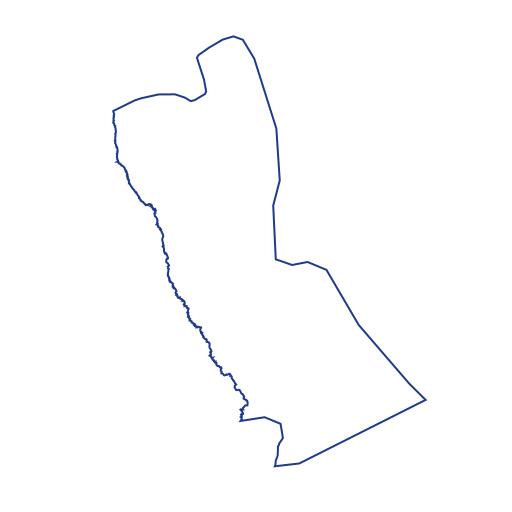 Itsandra-Hamanvou, Andjazîdja, Comoros (Mercator projection), rotated 332°
{"feature_id": "10938185B82482804134728", "entity_name": "Itsandra-Hamanvou", "entity_type": "district", "adm_level": 2, "iso_a3": "COM", "parent_name": "Comoros", "parent_adm1": "Andjazîdja", "projection": "mercator", "projection_center": [43.266, -11.611], "detail": "fine", "context": "isolated", "style": "outline", "palette": "blue", "viewbox_px": 512, "rotation_deg": 332, "n_neighbors": 0, "source": "geoboundaries", "source_scale": "gbopen_adm2", "svg_char_len": 6091}
<svg xmlns="http://www.w3.org/2000/svg" viewBox="0 0 512 512"><g transform="rotate(332 256 256)"><path d="M339.2,51.5L328.1,49.3L312.3,50.0L299.5,51.6L296.9,53.3L292.9,75.9L289.3,87.2L287.2,89.0L275.0,89.6L271.1,88.6L267.5,82.7L260.5,75.3L245.8,67.6L228.5,62.8L222.1,61.7L197.3,60.9L197.9,61.2L197.2,64.6L196.1,65.3L195.9,66.6L194.9,67.2L194.7,68.2L193.9,69.1L194.1,69.7L193.5,70.0L193.2,70.7L192.6,71.1L192.5,71.5L192.9,71.8L192.9,72.9L192.4,73.5L192.4,74.2L192.8,75.2L192.0,76.1L192.0,77.4L191.3,78.3L191.0,80.1L189.6,81.8L189.0,82.0L189.0,82.9L188.3,84.0L186.9,86.0L186.2,87.6L185.5,88.0L185.8,88.5L185.1,89.7L184.6,90.0L184.7,91.6L184.2,92.7L184.3,93.7L184.0,94.1L184.4,94.5L183.9,95.0L184.1,95.8L183.8,96.8L183.3,97.5L183.3,98.0L182.8,98.8L182.3,99.0L182.3,99.6L181.2,100.3L181.2,101.0L180.9,101.2L180.9,101.6L179.6,103.1L179.7,103.8L179.4,104.2L179.1,104.9L179.1,105.4L178.8,105.7L179.0,106.5L178.8,107.7L178.0,107.7L178.5,108.0L178.3,108.4L178.7,108.6L178.5,110.0L179.6,111.0L179.3,111.7L180.1,113.1L179.9,113.3L180.7,114.3L181.1,115.4L181.1,116.1L181.4,116.5L181.0,118.1L181.3,119.1L180.9,119.5L181.3,119.8L181.3,120.2L181.0,120.6L181.2,121.0L180.7,121.3L181.0,121.9L180.8,122.8L180.3,123.4L180.8,123.9L180.4,124.5L179.8,124.6L179.5,125.2L179.6,126.2L179.9,126.3L179.8,126.7L179.1,127.2L179.4,127.5L179.4,128.2L179.1,128.4L179.4,129.1L179.0,129.4L179.2,130.1L178.4,131.0L178.4,131.8L177.9,132.3L178.5,132.7L178.3,133.5L178.5,135.0L178.3,135.8L178.9,137.2L178.6,137.9L178.8,139.0L179.3,139.9L179.2,141.2L179.5,141.8L179.5,142.8L180.0,143.2L179.8,143.7L180.1,144.0L179.8,144.4L180.1,144.8L180.1,146.6L180.5,148.8L180.3,149.0L180.4,149.3L179.9,149.9L180.3,150.3L180.1,150.7L180.4,151.8L180.2,152.6L180.6,152.7L180.8,153.8L180.6,154.1L181.8,155.4L181.9,157.2L182.3,157.7L182.2,158.3L182.5,159.1L182.9,158.9L183.3,159.6L184.5,160.3L184.8,159.9L186.0,159.9L186.6,160.7L187.0,160.7L187.6,161.4L187.7,161.8L186.7,162.2L187.2,162.4L186.8,163.3L187.4,163.5L187.1,165.0L187.5,165.2L187.4,165.7L187.6,166.0L187.5,166.6L187.1,166.9L187.4,167.5L188.4,166.9L188.7,167.3L189.0,167.3L188.8,167.9L189.0,168.7L187.9,169.6L187.5,170.6L186.9,170.3L186.4,170.6L185.5,173.5L186.0,174.8L186.1,177.3L185.6,178.0L185.6,178.7L185.1,179.4L184.5,179.7L184.3,180.8L183.5,181.2L183.9,181.4L183.4,181.7L183.7,181.9L184.0,183.1L183.5,183.5L183.6,183.9L183.3,184.2L183.4,184.9L184.4,186.2L184.4,186.6L183.8,187.3L184.4,187.7L184.1,188.3L184.5,188.5L184.0,189.7L184.1,190.1L183.8,191.5L184.1,192.3L183.4,195.0L181.6,196.6L180.7,197.8L179.8,201.6L179.4,202.2L179.4,203.0L178.3,203.6L178.8,204.0L178.2,204.4L178.2,205.2L178.4,205.4L178.2,206.4L176.9,208.7L176.9,209.4L177.3,210.3L176.8,210.4L176.8,211.2L177.5,211.2L178.0,211.9L177.6,212.7L177.8,213.9L177.4,216.6L176.8,216.9L176.1,216.6L175.4,216.9L174.2,218.6L173.9,219.4L174.7,221.1L174.9,223.4L174.4,223.8L173.1,224.0L173.1,224.7L172.5,225.7L172.9,226.6L172.1,227.2L171.1,228.8L170.2,229.7L169.7,231.0L169.4,231.1L169.3,231.6L168.8,232.3L169.1,233.0L169.2,234.1L168.9,234.3L169.1,234.6L168.6,235.4L168.8,235.9L168.1,236.4L168.5,237.0L168.0,237.7L168.5,237.9L168.6,238.3L167.9,238.4L167.9,238.6L168.9,239.4L169.0,240.2L169.7,241.2L169.2,241.9L169.1,242.6L168.7,242.7L168.7,243.3L168.3,243.7L168.8,243.9L168.8,244.1L168.3,244.3L168.7,245.0L168.1,245.3L168.2,246.0L169.3,246.8L169.4,249.2L169.2,249.8L167.7,250.5L167.7,251.4L168.1,252.1L167.4,252.7L168.1,253.0L167.9,253.5L168.1,253.9L168.1,254.3L167.5,254.8L167.7,255.4L167.5,256.2L168.0,256.6L169.4,256.7L169.3,257.4L168.9,257.7L169.1,258.3L170.1,259.1L170.6,260.4L169.8,260.8L170.2,261.1L170.6,260.8L170.9,261.2L170.5,261.7L171.4,262.3L171.4,263.1L171.0,264.1L170.8,264.4L169.4,264.8L169.4,265.1L170.0,265.7L169.5,266.5L170.0,266.5L171.3,267.8L170.6,268.4L170.5,269.2L171.8,270.4L171.8,270.9L170.9,271.6L169.9,272.8L168.9,273.5L169.5,273.8L169.6,274.6L168.5,275.4L168.5,276.4L167.9,277.0L168.4,277.5L167.5,278.0L168.2,278.8L168.1,279.2L167.7,279.6L167.6,280.1L168.3,280.8L167.1,281.9L167.9,282.6L168.5,283.4L167.9,284.6L168.7,285.1L168.8,285.8L169.3,286.4L169.1,286.9L169.6,287.1L170.1,287.8L170.1,288.1L169.7,288.4L169.2,288.3L169.6,289.0L169.3,289.3L169.8,289.5L170.0,290.0L169.8,290.8L170.9,290.6L171.2,290.8L171.1,291.6L172.0,291.6L174.0,293.3L173.9,293.6L173.1,293.7L172.3,294.6L171.6,296.5L171.9,296.9L171.6,297.6L172.0,297.5L172.6,298.6L171.8,299.2L171.5,300.5L172.0,301.4L171.6,302.2L171.9,302.7L171.9,302.9L171.3,303.1L172.1,305.6L173.1,306.0L173.1,307.1L172.1,308.3L172.1,308.6L173.8,310.0L173.8,311.9L172.6,313.6L172.1,314.8L171.9,315.6L172.2,317.4L171.9,319.3L171.4,319.7L170.6,319.3L170.4,319.5L170.2,321.4L168.2,322.2L168.4,322.5L169.3,322.9L168.9,323.6L169.0,325.1L170.0,325.4L169.2,325.7L169.0,326.8L169.3,327.0L169.2,327.7L170.0,328.6L169.4,329.3L169.9,330.1L170.6,330.3L170.1,330.8L170.6,331.0L170.9,332.0L170.1,332.7L170.0,333.4L170.3,334.1L170.3,334.9L171.7,335.9L171.8,337.3L173.0,338.0L172.9,338.9L171.6,339.6L171.0,341.0L171.4,341.9L170.9,342.8L170.4,343.3L171.5,344.5L171.8,346.3L172.5,346.8L173.6,346.9L174.1,346.6L174.5,347.2L175.3,347.5L177.0,347.3L177.6,348.1L177.6,349.0L177.2,349.5L177.7,349.6L177.9,350.1L177.6,350.6L177.9,351.1L177.1,352.6L177.6,354.1L177.4,355.1L177.9,356.2L177.7,358.6L178.2,360.1L176.3,360.6L175.8,361.3L175.5,362.0L175.5,365.0L176.5,365.7L177.8,365.9L178.6,366.6L178.6,370.7L179.6,372.3L179.3,373.4L179.6,374.5L178.7,375.2L178.2,375.9L178.5,376.3L178.4,376.9L179.9,378.5L179.6,379.1L180.2,379.8L180.2,380.2L179.7,381.7L178.3,383.8L176.6,383.0L176.0,383.0L173.9,383.9L173.1,384.0L172.4,384.8L172.5,385.5L171.3,385.0L170.7,384.3L170.1,384.4L170.8,387.7L170.6,389.2L169.6,389.4L169.3,388.8L168.9,388.7L168.2,389.1L168.5,389.9L168.4,390.7L166.9,391.0L167.4,392.2L167.0,392.5L166.9,393.3L164.9,394.4L187.9,402.4L198.9,415.7L194.4,429.1L194.1,429.5L188.6,432.4L187.4,433.7L186.0,434.5L181.9,441.7L180.5,443.3L177.4,446.0L175.0,449.6L173.9,450.5L196.8,459.5L338.2,462.7L331.4,440.7L314.3,365.1L311.7,301.3L298.7,285.5L283.7,280.9L271.9,268.2L294.9,219.5L312.4,200.5L333.8,153.0L347.1,81.0L345.9,58.9L339.2,51.5Z" fill="none" stroke="#1e3a8a" stroke-width="2"/></g></svg>